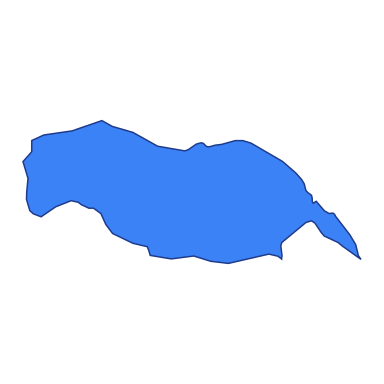 the border of Iğdir
{"feature_id": "TUR-4840", "entity_name": "Iğdir", "entity_type": "Province", "adm_level": 1, "iso_a3": "TUR", "parent_name": "Turkey", "parent_adm1": "", "projection": "orthographic", "projection_center": [44.174, 39.869], "detail": "fine", "context": "isolated", "style": "filled", "palette": "blue", "viewbox_px": 384, "rotation_deg": 0, "n_neighbors": 0, "source": "natural_earth", "source_scale": "10m", "svg_char_len": 1135}
<svg xmlns="http://www.w3.org/2000/svg" viewBox="0 0 384 384"><path d="M361.0,259.4L342.4,246.1L337.9,242.4L324.3,236.1L321.2,232.5L315.0,223.2L311.5,220.8L305.9,222.5L281.8,242.5L280.8,245.8L282.0,255.5L281.6,259.0L281.5,258.9L277.9,256.2L268.9,254.1L228.4,263.4L210.8,261.3L193.8,256.0L171.2,258.9L150.2,255.4L148.9,250.9L147.3,246.7L132.9,243.3L112.6,233.5L105.9,224.6L100.9,213.6L93.5,208.2L88.9,208.2L81.4,204.7L78.3,202.3L71.1,200.7L55.7,206.8L41.1,216.8L33.3,213.8L29.8,210.6L26.5,199.4L26.7,192.4L28.0,178.4L23.0,161.6L31.7,151.8L31.8,140.5L43.8,135.0L72.0,130.9L101.9,120.6L112.2,126.4L132.9,132.4L157.6,146.2L184.8,150.9L188.4,149.6L196.3,144.1L201.1,142.8L203.4,143.4L206.2,146.2L208.1,146.9L210.5,146.5L215.1,145.2L221.6,144.4L235.3,140.6L242.9,140.6L251.2,143.2L263.7,150.5L282.6,161.5L295.8,173.0L301.6,179.5L304.2,183.8L305.3,188.2L306.1,190.8L308.1,192.8L311.5,195.3L312.2,198.2L312.3,201.5L313.2,203.2L316.2,201.3L324.4,210.8L328.7,213.3L329.8,213.5L332.3,213.1L333.4,213.3L334.5,214.3L335.8,216.6L349.9,234.9L353.5,240.9L355.7,244.6L358.4,255.7L361.0,259.4Z" fill="#3b82f6" stroke="#1e3a8a" stroke-width="1.5"/></svg>